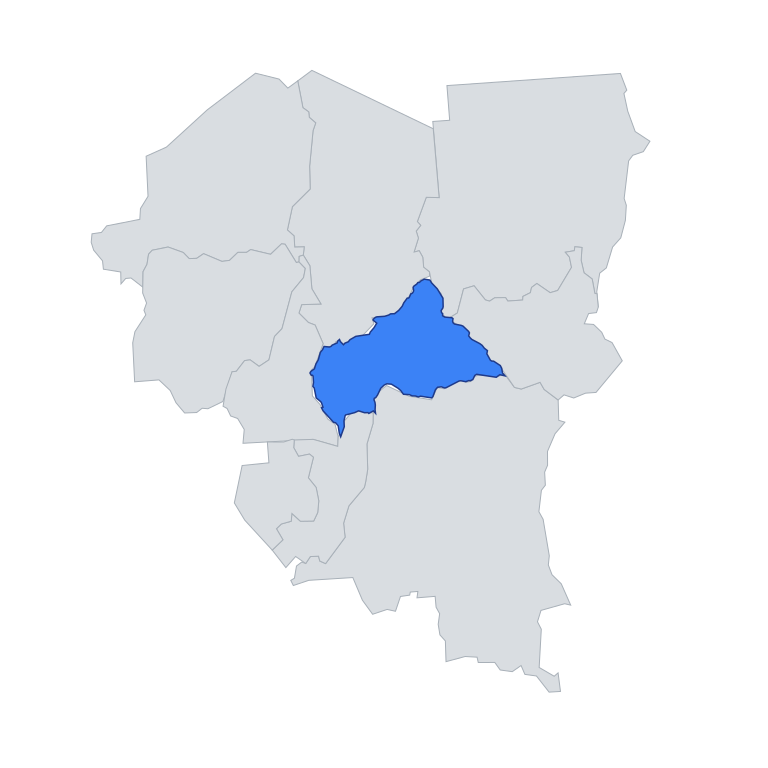 Central African Republic shown with its bordering countries, rotated 356°
{"feature_id": "CAF", "entity_name": "Central African Republic", "entity_type": "country or territory", "adm_level": 0, "iso_a3": "CAF", "parent_name": "Africa", "parent_adm1": "", "projection": "natural_earth1", "projection_center": [20.084, 6.633], "detail": "medium", "context": "with_neighbors", "style": "filled", "palette": "blue", "viewbox_px": 768, "rotation_deg": 356, "n_neighbors": 9, "source": "natural_earth", "source_scale": "50m", "svg_char_len": 8015}
<svg xmlns="http://www.w3.org/2000/svg" viewBox="0 0 768 768"><g transform="rotate(356 384 384)"><path d="M533.3,530.1L536.9,566.9L535.3,576.0L538.3,586.0L546.9,595.7L554.8,617.6L548.9,615.8L524.8,620.8L520.5,631.9L523.8,639.6L519.0,677.6L533.4,687.4L537.5,684.3L538.6,703.0L527.2,702.9L515.7,685.9L504.3,683.5L501.1,674.4L491.9,679.9L480.0,677.4L475.1,669.5L458.6,668.4L457.8,663.0L445.9,661.5L426.5,665.3L427.3,644.6L422.3,638.2L421.3,627.5L423.5,617.0L420.4,610.3L420.2,599.4L402.0,599.6L403.3,593.3L395.7,593.4L394.9,596.4L385.6,597.1L379.6,611.5L371.4,609.1L356.6,612.9L347.4,598.2L339.4,574.9L295.2,574.6L279.5,578.7L277.3,573.4L281.1,571.5L284.0,559.5L289.5,555.9L293.4,557.6L298.5,551.0L306.7,551.2L307.6,556.1L313.2,559.1L334.5,534.2L334.0,520.0L340.5,503.1L357.2,485.8L358.9,480.3L361.8,467.9L362.8,442.7L370.3,422.6L372.5,400.1L378.4,391.3L386.4,385.7L408.2,398.0L430.4,403.1L436.9,391.3L443.7,393.0L460.4,384.3L466.3,388.0L471.1,387.5L473.4,383.3L478.9,381.8L499.8,384.0L504.7,382.2L513.9,396.5L520.6,398.6L539.8,393.2L543.4,400.6L556.6,412.1L555.8,432.4L561.8,434.7L551.2,445.5L542.4,462.6L541.5,476.5L538.1,483.1L537.9,496.2L533.6,501.0L529.6,522.2L533.3,530.1Z" fill="#d9dde1" stroke="#a8b0b8" stroke-width="1"/><path d="M462.6,330.2L451.2,322.6L446.0,317.6L447.4,297.9L438.7,287.1L437.2,275.4L431.7,270.3L431.5,260.2L428.4,253.5L423.2,254.5L428.5,240.9L426.8,233.7L431.7,228.3L428.6,224.3L439.2,200.7L452.0,201.9L451.0,125.5L467.9,125.5L467.6,90.7L641.5,90.7L646.7,107.8L643.6,110.9L646.2,128.9L652.2,149.7L666.2,160.4L658.9,170.3L648.1,173.2L643.6,178.5L636.5,215.7L638.2,222.6L636.2,237.6L630.4,254.7L621.6,263.3L613.9,283.7L606.9,288.5L602.7,306.7L603.1,322.3L602.8,308.8L600.7,308.4L599.0,293.8L591.3,287.0L589.3,274.4L591.0,261.6L584.0,260.4L583.1,264.3L574.1,265.2L577.8,270.3L579.2,280.7L563.8,302.8L556.1,304.5L543.5,294.4L537.9,298.0L536.4,303.1L528.7,306.3L528.2,309.9L513.3,309.9L511.3,306.3L500.5,305.7L495.1,308.7L491.0,307.2L480.7,292.3L470.0,294.7L462.1,318.3L452.4,323.4L462.6,330.2Z" fill="#d9dde1" stroke="#a8b0b8" stroke-width="1"/><path d="M450.9,132.8L452.0,201.9L439.2,200.7L428.6,224.3L431.7,228.3L426.8,233.7L428.5,240.9L423.2,254.5L428.4,253.5L431.5,260.2L431.7,270.3L437.2,275.4L437.0,279.6L427.6,282.6L420.1,289.6L409.3,308.6L395.2,316.6L376.6,317.1L378.1,323.2L363.9,336.1L345.1,342.7L338.9,338.4L336.1,342.9L323.8,344.2L326.1,339.5L319.4,320.4L312.9,317.4L304.1,307.3L307.4,299.1L326.7,299.8L318.7,284.0L318.3,260.9L312.5,249.8L314.0,241.6L304.5,241.2L304.6,230.0L298.4,223.6L305.0,200.7L324.0,184.3L325.0,161.6L330.9,126.3L334.1,118.8L328.1,112.8L327.9,107.3L322.4,102.7L319.1,75.6L333.9,66.1L450.9,132.8Z" fill="#d9dde1" stroke="#a8b0b8" stroke-width="1"/><path d="M319.1,75.6L322.4,102.7L327.9,107.3L328.1,112.8L334.1,118.8L330.9,126.3L325.0,161.6L324.0,184.3L305.0,200.7L298.4,223.6L304.6,230.0L304.5,241.2L314.0,241.6L312.5,249.8L308.3,250.8L307.8,256.3L305.0,256.7L295.1,237.7L291.6,237.0L279.9,246.7L260.4,240.6L256.1,243.1L247.4,242.5L238.5,249.9L230.9,250.4L213.1,241.4L205.9,245.6L198.4,245.3L192.9,238.8L178.1,232.3L162.1,234.4L158.2,238.1L155.9,248.1L151.5,255.1L150.2,270.6L139.0,260.6L133.7,260.7L128.6,265.8L129.2,253.9L112.1,249.9L111.8,241.5L103.7,230.2L101.8,222.2L103.2,213.8L112.7,213.1L118.4,206.9L151.9,202.7L153.3,192.0L161.7,180.3L162.6,140.2L183.5,132.5L226.8,98.2L277.5,65.0L300.6,72.5L308.7,82.1L319.1,75.6Z" fill="#d9dde1" stroke="#a8b0b8" stroke-width="1"/><path d="M135.4,364.4L136.2,325.4L139.2,314.4L151.2,298.4L149.7,293.7L152.8,286.7L149.6,276.4L151.5,255.1L155.9,248.1L158.2,238.1L162.1,234.4L178.1,232.3L192.9,238.8L198.4,245.3L205.9,245.6L213.1,241.4L230.9,250.4L238.5,249.9L247.4,242.5L256.1,243.1L260.4,240.6L279.9,246.7L291.6,237.0L295.1,237.7L305.0,256.7L307.8,256.3L313.6,263.2L311.2,272.2L298.5,285.6L286.1,321.7L278.1,328.9L270.9,351.9L260.6,357.7L252.2,350.6L246.6,350.9L237.6,361.0L233.3,361.2L222.1,390.2L206.6,396.4L200.9,395.5L195.1,399.4L183.1,399.0L175.2,388.2L170.3,375.6L159.8,364.2L135.4,364.4Z" fill="#d9dde1" stroke="#a8b0b8" stroke-width="1"/><path d="M312.5,249.8L318.3,260.9L318.7,284.0L326.7,299.8L307.4,299.1L304.1,307.3L312.9,317.4L319.4,320.4L326.1,339.5L316.2,361.8L312.6,364.9L311.7,390.9L318.7,399.9L325.5,415.1L332.3,420.7L334.6,433.6L333.5,443.0L309.5,434.3L239.2,433.3L241.4,419.6L235.6,408.2L228.8,405.2L225.8,397.5L221.9,395.0L226.0,377.9L233.3,361.2L237.6,361.0L246.6,350.9L252.2,350.6L260.6,357.7L270.9,351.9L278.1,328.9L286.1,321.7L298.5,285.6L311.2,272.2L313.6,263.2L307.8,256.3L308.3,250.8L312.5,249.8Z" fill="#d9dde1" stroke="#a8b0b8" stroke-width="1"/><path d="M371.2,412.2L370.3,422.6L362.8,442.7L361.8,467.9L358.9,480.3L357.2,485.8L340.5,503.1L334.0,520.0L334.5,534.2L313.2,559.1L307.6,556.1L306.7,551.2L298.5,551.0L293.4,557.6L283.8,549.9L273.3,560.3L260.9,541.9L272.3,532.4L266.6,520.9L271.8,516.5L281.9,514.4L283.1,506.7L291.1,515.1L304.3,515.8L308.9,507.6L310.8,496.1L309.1,482.5L302.0,472.3L308.5,452.2L304.8,448.7L293.7,450.2L289.5,441.2L290.6,433.6L309.5,434.3L333.5,443.0L334.6,433.6L342.5,417.5L351.4,408.3L371.2,412.2Z" fill="#d9dde1" stroke="#a8b0b8" stroke-width="1"/><path d="M263.6,433.7L279.8,434.9L288.7,432.7L290.6,433.6L289.5,441.2L293.7,450.2L304.8,448.7L308.5,452.2L302.0,472.3L309.1,482.5L310.8,496.1L308.9,507.6L304.3,515.8L291.1,515.1L283.1,506.7L281.9,514.4L271.8,516.5L266.6,520.9L272.3,532.4L260.9,541.9L235.6,510.1L226.4,492.2L236.8,455.4L263.7,454.6L263.6,433.7Z" fill="#d9dde1" stroke="#a8b0b8" stroke-width="1"/><path d="M556.6,412.1L543.4,400.6L539.8,393.2L520.6,398.6L513.9,396.5L502.3,376.7L491.1,369.8L487.3,359.4L471.0,342.9L470.8,337.2L452.4,323.4L462.1,318.3L470.0,294.7L480.7,292.3L491.0,307.2L495.1,308.7L500.5,305.7L511.3,306.3L513.3,309.9L528.2,309.9L528.7,306.3L536.4,303.1L537.9,298.0L543.5,294.4L556.1,304.5L563.8,302.8L579.2,280.7L577.8,270.3L574.1,265.2L583.1,264.3L584.0,260.4L591.0,261.6L589.3,274.4L591.3,287.0L599.0,293.8L600.7,308.4L602.8,308.8L603.1,322.3L600.9,327.6L593.0,328.0L588.0,337.9L597.2,339.2L604.8,347.6L607.5,354.6L614.4,358.6L623.3,377.5L594.9,407.2L584.4,407.2L572.3,411.2L562.8,407.4L556.6,412.1Z" fill="#d9dde1" stroke="#a8b0b8" stroke-width="1"/><path d="M456.3,322.6L457.4,323.6L456.8,326.2L457.2,327.8L458.5,329.1L465.1,330.9L466.9,331.8L472.1,337.5L472.8,339.0L471.8,341.9L473.3,344.1L474.8,345.7L482.4,350.4L484.6,352.3L486.6,355.3L489.5,357.9L488.7,361.0L491.8,367.7L493.0,368.6L495.0,368.9L501.3,373.7L502.5,376.5L503.0,381.2L505.2,384.3L500.2,382.8L496.5,385.1L477.1,380.8L475.2,381.8L472.9,385.8L470.2,386.8L468.9,386.5L465.7,387.4L460.8,386.1L459.0,386.3L445.5,392.1L443.9,392.1L441.0,390.8L437.2,391.0L434.9,393.3L431.9,400.0L430.6,401.2L419.6,398.7L417.4,399.3L414.6,398.2L411.2,397.8L408.7,396.4L402.7,395.6L400.2,391.7L397.7,389.2L391.4,384.7L386.9,384.0L384.2,385.0L380.4,388.1L376.8,394.5L374.9,396.9L373.3,397.6L372.9,399.1L373.7,401.6L373.9,404.4L373.3,409.1L373.5,412.6L371.5,410.1L366.8,412.3L366.0,411.4L362.6,411.3L356.8,409.0L352.8,410.5L343.6,412.2L343.0,412.9L341.5,418.1L341.4,423.8L337.1,433.6L336.0,430.1L335.4,422.5L333.0,419.3L331.0,418.7L321.4,406.6L320.0,403.3L321.5,402.9L320.4,398.6L319.8,397.4L315.4,393.1L314.1,383.1L312.9,381.4L313.8,377.6L313.8,371.2L313.2,370.3L312.1,370.3L311.0,368.2L311.1,367.4L312.2,366.1L315.6,364.0L317.5,359.2L320.1,355.3L322.7,348.0L325.2,345.3L326.8,342.4L332.2,343.3L333.9,342.7L335.0,341.6L340.2,339.7L340.6,338.1L342.7,336.5L343.4,338.6L346.3,342.0L347.9,340.5L351.3,339.4L353.2,337.4L359.2,334.5L372.9,333.4L373.9,331.3L378.0,327.1L381.0,322.8L377.7,319.7L377.7,318.7L380.1,316.9L381.6,316.5L389.4,316.5L393.6,315.5L395.4,314.5L399.5,314.6L403.8,311.6L407.6,307.7L409.4,304.4L413.2,299.9L414.5,300.0L415.2,299.4L417.1,295.9L418.7,295.3L419.4,294.4L420.1,293.1L419.8,289.5L420.8,288.3L423.6,286.7L424.8,285.2L426.5,285.1L427.7,283.9L431.5,282.2L437.0,283.5L438.5,286.4L443.7,292.7L448.8,302.5L448.4,310.9L448.0,312.3L446.1,314.8L446.4,316.9L447.4,317.8L447.2,320.0L449.3,321.5L456.3,322.6Z" fill="#3b82f6" stroke="#1e3a8a" stroke-width="1.5"/></g></svg>